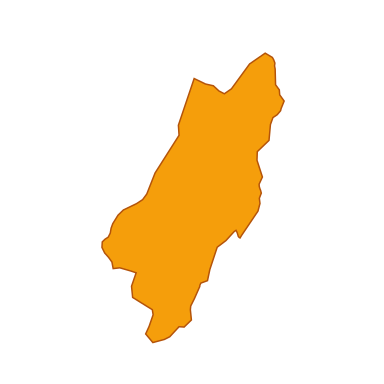 an SVG outline of Aluksne, rotated 289°
{"feature_id": "LVA-1076", "entity_name": "Aluksne", "entity_type": "Municipality", "adm_level": 1, "iso_a3": "LVA", "parent_name": "Latvia", "parent_adm1": "", "projection": "equal_earth", "projection_center": [27.1, 57.427], "detail": "fine", "context": "isolated", "style": "filled", "palette": "amber", "viewbox_px": 384, "rotation_deg": 289, "n_neighbors": 0, "source": "natural_earth", "source_scale": "10m", "svg_char_len": 1217}
<svg xmlns="http://www.w3.org/2000/svg" viewBox="0 0 384 384"><g transform="rotate(289 192 192)"><path d="M115.6,123.4L119.0,125.1L122.1,127.5L126.5,128.1L131.4,127.3L136.3,127.4L146.0,129.6L152.7,133.0L163.0,143.4L168.7,147.8L175.4,149.9L198.0,150.9L241.4,161.3L250.7,157.4L300.0,157.1L298.5,169.5L299.4,177.6L296.3,184.6L295.4,190.6L302.4,195.7L331.9,204.8L347.1,216.0L345.4,224.2L343.6,226.2L340.9,228.4L338.1,229.0L335.3,230.6L320.6,236.1L317.0,241.3L312.4,243.3L308.0,249.5L299.9,249.1L297.7,249.3L292.8,247.4L288.7,244.3L281.3,244.2L265.9,248.0L251.4,240.6L243.2,243.1L229.1,253.7L221.3,252.9L219.3,253.7L217.4,255.0L215.9,256.3L213.5,257.9L208.0,257.7L203.3,260.0L195.4,260.6L167.1,253.0L164.2,252.4L164.4,251.4L165.0,250.3L168.2,248.0L170.1,246.1L168.2,244.7L157.1,239.9L148.0,233.8L124.6,234.1L113.2,235.5L108.8,230.1L107.7,229.9L106.2,229.8L105.1,230.1L92.1,229.0L83.8,227.9L80.1,228.8L70.8,233.1L61.7,228.5L61.4,227.2L60.4,223.6L47.9,218.1L43.6,213.9L36.9,204.0L42.7,194.4L51.1,195.2L63.3,195.2L67.8,192.8L71.0,178.8L73.0,170.2L83.2,165.5L97.4,165.5L97.4,160.1L96.8,148.4L93.9,142.4L99.7,139.1L103.1,134.3L105.9,129.3L110.3,124.9L115.6,123.4Z" fill="#f59e0b" stroke="#b45309" stroke-width="1.5"/></g></svg>